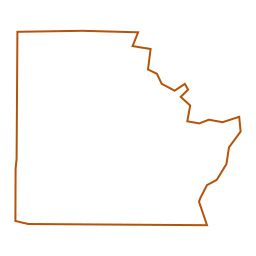 Brown, Illinois, United States of America (Equal Earth projection)
{"feature_id": "52423323B24893766187997", "entity_name": "Brown", "entity_type": "district", "adm_level": 2, "iso_a3": "USA", "parent_name": "United States of America", "parent_adm1": "Illinois", "projection": "equal_earth", "projection_center": [-90.654, 39.973], "detail": "fine", "context": "isolated", "style": "outline", "palette": "amber", "viewbox_px": 256, "rotation_deg": 0, "n_neighbors": 0, "source": "geoboundaries", "source_scale": "gbopen_adm2", "svg_char_len": 481}
<svg xmlns="http://www.w3.org/2000/svg" viewBox="0 0 256 256"><path d="M239.2,116.8L222.6,122.2L208.9,119.7L199.3,123.4L187.3,121.3L190.2,105.5L180.7,96.9L188.1,89.6L184.8,83.9L174.6,90.7L161.7,83.8L156.9,73.8L148.0,69.5L150.6,49.0L132.6,46.1L138.1,32.3L82.4,30.8L17.4,31.8L16.6,158.9L15.6,168.7L15.4,221.0L28.2,224.0L207.0,225.2L199.0,201.7L200.4,197.9L207.0,185.1L216.7,179.9L226.4,164.1L229.0,147.3L240.6,131.6L239.2,116.8Z" fill="none" stroke="#b45309" stroke-width="2"/></svg>